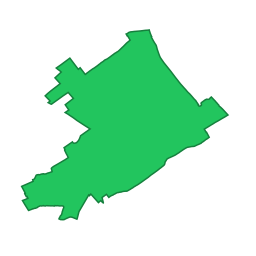 Mileanca, Botosani, Romania, rotated 278°
{"feature_id": "2599482B95584741287260", "entity_name": "Mileanca", "entity_type": "district", "adm_level": 2, "iso_a3": "ROU", "parent_name": "Romania", "parent_adm1": "Botosani", "projection": "orthographic", "projection_center": [26.724, 48.084], "detail": "fine", "context": "isolated", "style": "filled", "palette": "green", "viewbox_px": 256, "rotation_deg": 278, "n_neighbors": 0, "source": "geoboundaries", "source_scale": "gbopen_adm2", "svg_char_len": 5469}
<svg xmlns="http://www.w3.org/2000/svg" viewBox="0 0 256 256"><g transform="rotate(278 128 128)"><path d="M170.3,206.2L169.8,205.7L169.4,205.3L169.0,205.1L168.2,204.7L167.9,204.5L167.6,203.7L167.5,202.8L167.5,201.9L167.3,201.5L166.9,201.2L166.8,200.7L166.3,200.2L166.1,199.9L165.6,199.5L165.0,198.8L164.7,198.6L163.6,197.4L163.4,197.3L162.9,196.9L162.6,197.0L162.3,197.0L162.2,197.0L161.8,197.4L161.7,197.4L161.3,197.4L160.9,197.5L160.7,197.4L160.4,197.2L160.0,196.8L159.7,196.2L159.6,195.7L159.6,195.3L159.8,195.1L160.0,194.8L160.0,194.7L160.5,194.3L160.6,194.2L160.8,194.4L160.9,194.5L161.9,193.6L163.4,192.2L163.6,192.1L163.8,191.8L164.6,191.3L165.0,190.7L165.5,190.0L165.8,189.6L168.8,186.2L170.4,184.3L171.7,182.4L173.0,180.9L174.1,179.7L175.3,178.2L179.2,173.6L185.0,167.6L187.1,165.5L190.0,162.6L197.7,154.4L201.7,150.7L202.3,150.2L203.5,149.4L205.7,148.2L210.0,146.0L212.7,144.9L213.9,144.3L215.6,142.8L217.7,141.1L221.1,138.6L221.6,138.4L221.8,138.7L222.2,138.4L225.0,136.8L228.1,135.3L227.9,134.9L227.7,134.5L227.6,133.8L227.1,131.4L226.2,128.1L225.9,127.0L225.0,123.1L224.9,122.7L224.5,120.8L223.9,118.7L223.7,117.9L223.7,117.7L223.3,116.6L223.1,116.2L222.9,115.8L222.6,115.3L222.3,115.1L221.2,113.8L220.9,113.3L220.8,113.1L219.1,114.4L219.3,114.7L215.3,117.9L211.9,114.8L211.5,114.5L207.8,111.8L207.4,111.4L203.4,108.3L202.3,107.3L202.0,106.9L201.9,106.7L201.4,106.1L200.6,105.3L200.5,105.0L199.8,104.2L199.1,103.5L198.6,103.2L198.5,102.9L197.2,101.6L195.5,99.9L193.8,98.1L193.2,97.3L192.9,96.9L192.4,95.9L191.9,95.4L191.3,94.8L191.0,94.6L190.5,94.2L189.5,93.0L189.2,92.6L188.6,92.0L187.5,91.1L187.0,90.5L185.8,89.4L185.5,89.1L182.8,86.3L181.8,85.0L180.2,83.3L179.7,82.8L178.9,81.9L178.1,81.2L176.7,79.7L175.3,78.5L175.1,78.2L181.0,72.2L179.2,70.6L189.1,60.7L180.9,52.4L177.4,48.6L176.3,50.4L175.3,52.3L174.1,54.1L167.5,48.7L162.5,54.7L154.1,46.5L150.9,43.6L148.3,41.5L143.9,47.1L142.0,45.4L141.0,48.2L140.9,48.7L141.0,49.0L141.9,49.9L147.4,55.7L150.7,59.1L154.9,63.8L149.7,69.8L142.3,62.6L137.6,66.9L134.6,63.6L134.5,63.8L134.3,64.3L133.4,66.5L132.5,68.3L130.7,72.1L128.4,76.3L124.8,84.0L121.8,90.6L113.7,82.1L112.5,81.9L110.2,81.3L108.9,80.8L107.7,80.1L106.4,79.1L105.8,78.1L105.4,76.6L105.5,76.0L106.1,75.2L106.5,74.9L99.6,67.4L98.9,67.9L98.2,68.4L98.1,68.5L97.8,68.3L97.6,68.3L97.3,68.3L96.0,69.1L95.3,69.6L94.0,70.4L93.5,70.8L92.6,71.5L90.8,72.7L90.4,73.0L90.3,72.9L87.9,70.2L87.3,69.5L86.8,68.8L83.1,64.2L79.8,59.9L78.7,58.7L77.6,57.8L77.3,57.7L77.2,57.7L74.4,58.9L74.2,58.9L72.9,56.5L72.0,54.4L71.3,53.4L71.1,52.9L70.7,51.3L70.7,51.2L70.9,51.0L70.9,50.6L70.8,50.2L70.6,49.8L70.5,49.2L70.0,48.0L69.6,47.4L69.4,46.9L69.4,46.7L69.4,46.3L69.4,45.9L69.1,44.8L68.7,43.9L68.5,43.7L68.3,43.6L65.6,42.8L64.8,42.4L64.0,41.9L63.9,41.7L63.6,40.8L62.0,41.5L58.1,35.2L55.4,30.8L49.2,35.3L49.1,35.0L49.0,34.9L48.5,35.2L48.4,35.0L46.7,36.2L45.8,36.9L46.2,37.5L44.5,38.7L43.0,36.4L41.5,33.6L38.1,36.3L32.5,41.0L32.6,41.3L32.8,41.5L33.1,42.2L33.4,42.5L33.5,42.8L33.7,43.3L34.3,44.3L34.5,44.7L34.8,44.9L34.8,45.5L35.3,46.3L35.5,46.9L35.7,47.7L36.1,48.3L36.6,49.2L37.0,49.6L37.4,49.9L37.8,50.5L38.0,50.8L38.7,51.9L38.7,52.2L38.7,53.1L39.0,54.0L39.1,54.5L39.3,54.7L39.4,54.8L39.2,55.2L39.3,55.5L39.2,56.8L39.4,57.3L39.8,58.2L39.9,58.6L39.8,59.2L39.9,59.9L40.2,62.8L40.4,63.7L40.5,66.1L41.0,66.4L41.0,66.5L40.9,66.7L40.9,66.8L41.0,67.1L41.0,67.4L41.1,67.9L41.1,68.4L41.2,68.7L41.3,68.9L41.3,69.1L41.3,69.8L41.3,71.2L41.7,73.1L41.7,74.0L41.6,74.7L41.3,75.1L40.8,75.4L40.0,75.4L38.5,75.0L37.8,74.9L36.7,74.7L35.6,74.5L34.8,74.5L33.9,74.4L32.9,74.2L31.2,73.1L30.5,73.0L29.1,72.4L28.6,72.4L28.4,72.3L28.2,72.9L28.0,73.5L27.9,74.1L28.0,75.0L28.1,76.2L28.3,77.2L28.6,77.9L29.2,78.6L29.4,78.9L30.7,81.0L31.7,82.7L31.8,83.1L31.9,84.3L31.8,85.2L31.6,86.2L31.1,88.1L30.6,90.1L31.4,90.3L38.4,91.1L56.2,98.4L55.6,99.1L56.0,99.3L55.9,99.4L56.2,99.7L56.3,99.5L57.4,100.3L56.9,101.0L50.0,109.1L52.3,111.1L51.3,112.4L51.0,112.8L50.6,113.4L50.4,113.8L50.4,114.0L50.5,114.0L55.6,112.0L59.3,115.9L56.6,118.7L57.7,119.7L58.1,120.1L59.1,121.6L59.4,122.2L59.8,122.8L60.2,123.1L61.3,124.8L61.8,125.3L62.1,125.8L62.3,126.0L62.5,126.5L62.8,127.7L63.3,128.7L63.4,129.1L63.5,129.8L63.7,130.3L64.0,130.8L64.4,131.8L64.6,132.3L65.0,134.0L65.2,135.2L65.3,135.6L65.4,135.9L65.7,136.3L67.7,138.9L68.8,140.1L69.1,140.6L69.6,141.2L70.1,141.6L70.6,142.2L71.3,143.1L72.1,144.0L72.7,144.9L73.9,146.3L76.0,148.6L78.2,150.9L78.9,151.6L80.1,152.9L81.9,154.8L83.1,155.9L84.1,156.8L84.8,157.5L87.5,160.4L88.9,161.8L89.3,162.3L90.2,163.1L91.2,164.2L92.0,164.8L93.4,166.3L94.2,167.0L95.2,168.0L96.4,169.0L96.7,169.1L97.1,169.3L97.7,169.4L99.3,169.5L99.5,169.5L100.5,170.0L102.4,170.8L102.8,171.1L103.0,171.4L103.5,171.9L104.2,172.9L104.5,173.5L104.9,174.1L105.1,174.4L105.4,174.9L106.1,176.0L107.4,178.0L107.9,178.7L109.4,180.4L110.9,182.2L111.5,182.7L112.1,183.4L114.5,186.0L115.9,187.7L117.1,189.4L117.2,189.6L117.6,190.9L118.5,193.6L118.7,194.6L118.8,195.1L118.9,195.5L119.0,195.9L119.2,196.4L119.6,197.0L121.0,199.1L121.6,200.2L122.7,201.9L122.9,202.3L123.2,202.6L123.5,202.8L123.8,203.0L124.0,203.2L125.0,204.4L125.7,205.1L127.5,206.8L127.9,207.4L128.6,208.2L129.9,209.5L130.1,209.7L134.7,206.4L134.5,206.1L137.5,203.7L140.0,206.8L143.0,210.4L143.6,211.2L145.6,213.5L147.5,216.1L150.4,219.7L152.4,222.3L154.8,225.2L159.8,219.1L161.6,216.6L162.2,215.4L162.4,215.2L163.2,214.8L164.0,213.8L165.2,212.5L165.9,211.6L167.0,210.4L167.6,209.6L170.3,206.2Z" fill="#22c55e" stroke="#15803d" stroke-width="1.5"/></g></svg>